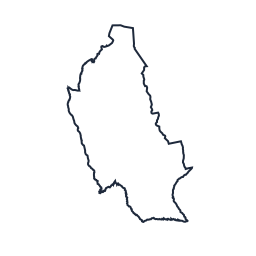 Sene West, Brong Ahafo, Ghana (Natural Earth projection), rotated 348°
{"feature_id": "2480657B37380438315906", "entity_name": "Sene West", "entity_type": "district", "adm_level": 2, "iso_a3": "GHA", "parent_name": "Ghana", "parent_adm1": "Brong Ahafo", "projection": "natural_earth1", "projection_center": [-0.653, 7.749], "detail": "fine", "context": "isolated", "style": "outline", "palette": "slate", "viewbox_px": 256, "rotation_deg": 348, "n_neighbors": 0, "source": "geoboundaries", "source_scale": "gbopen_adm2", "svg_char_len": 5828}
<svg xmlns="http://www.w3.org/2000/svg" viewBox="0 0 256 256"><g transform="rotate(348 128 128)"><path d="M153.6,31.3L145.4,28.1L142.2,26.0L134.2,24.4L129.5,31.5L128.4,34.2L131.6,38.5L131.8,39.1L131.3,40.0L130.1,41.5L126.6,43.2L125.0,43.5L124.8,43.5L124.3,43.0L123.9,43.6L122.1,43.8L121.2,43.6L120.7,43.0L120.0,42.5L119.0,42.7L118.7,43.3L118.8,45.7L117.1,46.7L116.0,47.6L115.2,49.3L114.8,49.0L113.5,49.2L113.3,49.8L113.4,50.5L111.4,52.4L110.9,53.2L110.1,53.2L109.3,53.9L108.9,54.6L108.8,55.9L108.2,56.6L107.9,56.5L107.4,55.8L106.9,56.0L106.9,55.4L106.4,55.0L107.2,53.3L106.6,53.0L103.6,53.9L101.5,54.8L100.8,55.5L99.5,56.2L99.4,55.9L98.6,56.6L98.2,56.7L96.8,57.8L95.9,59.4L96.0,60.2L95.4,60.6L95.6,61.7L95.3,62.5L94.9,62.7L94.9,63.0L94.4,63.5L94.0,64.4L93.9,64.2L93.2,64.9L92.4,66.3L91.4,69.4L91.5,69.9L90.9,71.9L89.8,73.8L89.1,74.4L88.6,75.2L88.7,75.6L88.3,76.8L88.5,76.9L88.5,77.4L88.2,78.0L88.3,80.4L88.0,80.9L88.1,81.3L86.6,81.0L84.0,79.8L82.2,79.5L80.9,78.6L78.8,76.1L78.3,76.1L78.1,76.3L78.0,76.1L77.9,76.5L77.7,76.4L77.5,76.5L77.5,76.9L77.3,76.9L77.5,77.6L77.3,78.2L77.7,78.8L77.4,79.3L77.6,80.7L77.8,80.8L77.6,81.6L77.8,82.4L78.1,82.6L78.2,83.2L77.8,83.7L78.0,85.4L77.4,86.9L77.0,87.4L76.8,88.1L76.4,88.5L75.9,88.6L75.5,89.4L75.0,89.9L74.9,90.5L74.4,91.0L74.1,91.8L73.8,92.9L74.0,94.1L73.8,94.9L74.0,97.1L73.6,98.8L73.9,100.6L74.3,101.7L75.3,103.5L75.9,104.0L76.4,105.6L76.5,108.0L76.8,109.9L76.7,111.4L76.8,112.5L77.8,114.5L79.1,116.1L79.2,116.9L79.1,117.5L79.3,117.8L78.6,118.7L78.4,119.7L78.5,119.9L78.5,120.4L79.5,121.6L80.1,123.3L80.2,125.7L80.0,126.3L79.9,129.2L80.1,129.4L79.9,130.7L80.1,130.9L79.9,131.2L79.6,133.5L80.5,135.3L81.3,136.0L81.4,141.0L81.0,142.9L81.2,144.7L81.7,145.6L82.6,146.4L82.7,146.8L82.5,148.9L82.7,151.8L82.2,153.2L81.7,153.8L81.4,155.1L81.4,155.6L82.2,157.3L83.0,157.8L83.6,159.6L84.1,159.9L84.8,160.9L85.0,161.5L85.5,161.7L86.1,162.8L85.9,164.4L85.5,164.6L85.3,165.7L85.1,165.9L84.7,168.1L84.8,168.6L84.4,170.2L84.8,170.6L84.7,171.1L85.3,171.8L86.2,172.2L86.3,173.0L87.3,173.5L87.2,174.0L86.8,174.7L86.7,176.4L87.6,176.9L87.8,177.6L88.5,178.9L88.5,179.5L89.5,180.5L89.5,181.8L89.1,182.1L88.7,182.1L88.1,182.4L88.4,183.5L86.7,184.1L86.8,184.9L86.5,185.5L87.2,186.0L88.1,185.5L88.5,184.9L89.6,185.3L89.8,184.9L90.3,185.2L90.7,184.5L91.0,184.9L91.8,184.5L91.9,184.8L92.4,184.8L92.7,184.1L93.1,183.8L93.1,183.3L94.0,182.5L94.2,182.1L94.7,182.1L95.6,181.7L96.7,181.5L96.9,181.8L97.4,181.8L97.9,182.3L99.1,181.4L99.6,180.7L100.5,180.5L101.1,179.9L101.5,180.0L101.8,179.8L101.9,180.2L102.1,179.8L102.7,179.6L102.7,178.9L103.1,178.4L104.4,177.2L104.4,178.9L105.5,180.3L105.5,181.1L106.6,180.1L106.8,180.1L107.1,181.5L107.5,181.3L108.0,181.6L108.6,182.5L109.8,183.5L110.1,184.5L111.0,185.7L112.1,186.1L112.3,186.5L112.0,188.0L112.7,188.6L112.7,189.3L112.5,189.9L112.7,190.5L112.2,191.0L112.2,191.5L112.6,191.8L112.8,192.4L112.2,192.8L112.2,193.1L112.3,193.4L111.9,194.0L111.9,194.8L112.5,195.3L112.8,196.0L112.0,197.3L112.3,198.4L111.7,199.6L112.0,199.9L112.1,200.3L111.9,200.6L111.9,201.0L111.4,201.5L111.6,201.9L111.5,203.3L112.5,204.4L112.6,204.9L113.4,205.1L114.0,205.8L114.3,208.0L114.8,208.3L114.5,209.5L114.6,210.0L115.4,211.1L115.7,212.2L115.9,212.2L116.6,213.4L116.8,213.3L117.5,214.5L117.7,214.8L118.3,214.6L118.6,214.8L118.6,215.2L120.1,217.1L120.2,217.9L120.7,218.7L120.8,219.6L122.4,221.0L122.5,221.7L122.3,222.2L122.8,222.7L123.5,223.1L123.9,223.0L124.6,222.4L126.7,222.2L127.7,221.6L129.4,222.0L129.9,221.8L131.5,222.0L132.3,221.3L133.0,221.2L134.0,221.6L134.5,221.3L135.5,222.6L136.0,222.9L136.9,222.9L137.4,223.0L137.8,223.4L139.1,223.7L139.7,223.5L140.3,224.0L141.1,224.1L141.8,224.5L142.3,224.5L142.6,223.9L143.0,224.0L143.2,224.7L143.5,224.9L144.2,224.4L144.4,223.9L145.4,225.0L146.2,225.4L147.1,225.2L147.4,225.9L147.8,225.7L148.0,225.2L148.3,225.1L149.2,226.0L150.0,226.2L150.9,226.9L151.7,226.5L151.7,226.1L152.3,226.8L153.4,226.4L154.2,227.2L154.9,227.1L155.1,227.9L156.0,228.3L156.5,228.2L156.9,228.7L157.4,228.6L157.5,228.4L157.4,228.3L157.7,227.9L158.1,228.2L158.0,228.3L158.2,229.1L158.7,229.4L159.0,229.4L159.0,229.2L159.6,229.2L160.0,229.6L161.5,229.9L163.0,231.1L164.0,231.5L164.7,231.6L165.5,231.3L166.3,231.5L166.9,231.2L166.6,230.5L165.9,230.0L165.6,229.1L165.3,228.7L165.6,227.6L165.4,227.0L164.6,226.4L164.6,224.5L163.8,223.6L163.4,222.5L161.9,221.2L162.0,219.3L160.8,217.3L160.7,216.2L159.9,215.0L159.5,212.8L158.7,210.9L158.3,210.5L157.6,209.3L157.6,208.5L158.1,207.2L158.1,206.4L157.4,205.9L157.2,205.5L157.9,204.8L157.6,203.8L157.7,202.5L158.5,201.0L159.0,198.3L159.4,197.5L159.6,197.5L160.2,196.9L160.3,196.1L161.2,194.6L161.2,194.0L162.6,192.9L164.3,191.0L165.4,190.3L165.5,189.4L165.9,189.0L167.1,188.5L167.6,188.1L168.3,188.1L170.1,187.2L171.7,187.3L172.6,186.2L173.4,185.8L174.1,185.6L174.9,185.8L175.8,185.0L176.8,184.5L177.9,183.4L181.3,181.2L182.2,180.5L182.4,180.0L178.8,179.9L175.9,180.1L175.9,178.7L175.4,178.2L175.1,176.8L175.1,174.5L174.6,173.2L175.0,171.6L176.2,169.3L177.0,166.1L176.8,164.2L177.0,163.4L176.9,163.1L177.3,161.3L177.3,159.9L177.7,158.5L177.6,156.6L177.2,155.3L177.0,152.0L164.6,151.9L164.4,149.2L161.9,145.6L162.7,144.1L162.7,143.4L162.3,142.9L160.8,141.8L160.5,140.4L159.2,138.6L158.5,137.2L158.5,135.3L158.9,133.1L156.6,131.5L156.0,130.5L156.1,129.4L156.9,128.6L157.6,128.3L157.9,126.6L159.3,125.2L159.7,123.9L160.8,122.4L161.0,120.7L160.6,119.2L155.2,119.1L154.5,118.7L154.1,118.1L154.2,116.9L154.7,116.2L155.3,115.9L155.5,114.8L154.7,112.3L155.7,110.9L156.2,109.9L156.1,107.1L155.7,104.5L156.4,102.3L156.4,101.0L155.1,98.9L153.9,96.0L155.1,92.6L154.9,91.1L154.1,90.6L153.4,90.6L152.7,87.8L153.3,84.9L153.8,84.4L154.0,83.7L153.7,81.0L154.0,79.3L152.8,77.5L155.8,74.6L156.4,72.0L157.7,71.2L159.1,71.4L151.0,52.0L151.3,51.0L151.0,50.6L150.7,49.1L151.4,46.8L153.6,31.3Z" fill="none" stroke="#1e293b" stroke-width="2"/></g></svg>